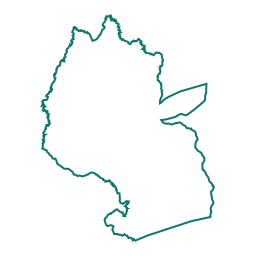 Katete, Eastern, Zambia
{"feature_id": "96606910B8201415928290", "entity_name": "Katete", "entity_type": "district", "adm_level": 2, "iso_a3": "ZMB", "parent_name": "Zambia", "parent_adm1": "Eastern", "projection": "mercator", "projection_center": [32.014, -14.048], "detail": "fine", "context": "isolated", "style": "outline", "palette": "teal", "viewbox_px": 256, "rotation_deg": 0, "n_neighbors": 0, "source": "geoboundaries", "source_scale": "gbopen_adm2", "svg_char_len": 5691}
<svg xmlns="http://www.w3.org/2000/svg" viewBox="0 0 256 256"><path d="M203.8,101.6L205.0,100.1L205.2,95.1L206.1,93.4L206.4,83.9L180.6,91.3L168.9,96.7L163.6,99.9L161.8,102.1L160.0,103.2L160.0,100.3L162.0,95.4L162.2,93.6L161.5,91.9L162.2,90.5L161.0,88.8L161.6,86.0L160.9,84.8L161.2,83.5L159.9,82.5L159.0,80.9L157.9,80.6L157.6,77.8L158.0,76.7L157.5,76.1L158.7,74.2L159.8,73.9L159.9,72.5L160.5,71.5L159.6,68.9L160.3,68.3L160.4,67.2L159.8,66.7L160.8,65.8L161.9,65.8L162.4,64.8L162.3,61.2L163.1,60.6L161.9,57.2L161.8,54.7L159.2,52.8L158.6,53.0L157.6,52.5L156.9,52.8L156.0,52.5L153.6,55.2L151.8,53.8L151.3,54.4L150.3,54.2L149.8,53.4L145.8,52.9L145.2,52.2L145.3,51.3L144.6,51.5L144.1,50.9L144.5,49.3L144.0,49.6L143.7,48.9L142.5,49.0L144.3,47.1L144.6,45.8L142.0,45.3L142.1,44.7L141.3,44.2L141.7,43.8L141.3,42.8L140.2,42.6L141.3,41.4L138.5,38.9L136.8,41.2L135.1,40.9L134.0,41.5L133.5,40.6L131.1,42.4L130.5,44.1L130.0,44.1L128.4,43.3L128.3,42.1L127.4,41.6L125.1,41.0L123.1,39.6L122.2,40.0L122.3,39.0L120.4,38.6L120.4,37.1L119.9,37.3L119.3,36.6L119.9,34.6L119.6,33.8L118.8,34.3L118.5,33.9L119.1,32.5L120.4,32.2L119.6,31.7L120.0,30.2L118.4,29.8L119.0,29.0L118.7,28.2L119.2,27.3L118.8,27.3L118.5,26.6L117.8,26.6L118.7,24.2L116.4,23.0L116.6,22.5L115.8,20.3L115.1,21.3L114.0,21.0L114.0,19.2L113.3,19.2L113.2,19.9L112.4,20.2L112.3,19.5L112.0,20.3L111.3,20.5L111.4,18.4L110.8,18.8L110.1,17.6L110.1,17.1L111.1,16.8L110.7,15.4L107.3,16.7L106.4,16.2L105.7,17.4L106.4,18.8L105.4,19.1L105.7,19.4L105.4,21.0L103.4,23.2L102.8,24.7L103.3,25.2L103.0,25.7L103.3,26.1L104.7,27.1L104.2,28.5L102.2,29.9L101.1,33.2L100.5,33.8L100.0,35.1L98.7,35.9L98.3,37.4L96.0,39.6L94.8,40.1L92.5,40.8L89.9,34.7L88.9,33.3L87.5,33.3L87.3,32.2L85.9,32.5L84.7,31.8L84.3,32.1L84.2,31.1L82.6,30.8L82.0,31.1L81.3,30.3L80.2,31.1L79.9,30.4L78.4,30.9L77.7,29.9L76.8,29.9L76.5,28.8L75.3,28.7L76.0,27.8L74.6,27.0L73.7,27.3L73.5,29.4L72.2,32.1L73.8,33.5L73.6,34.7L72.6,35.5L73.6,36.7L73.1,37.5L73.6,39.0L72.3,39.2L71.3,40.7L72.0,41.3L71.4,41.8L71.7,42.3L72.4,42.3L71.8,44.2L70.9,45.3L70.1,44.6L70.2,45.9L69.2,46.1L68.2,48.2L67.1,48.7L66.3,50.8L66.9,51.4L66.7,52.2L66.3,53.3L64.9,54.5L65.6,56.5L64.9,57.5L64.1,57.5L63.9,58.1L64.4,58.6L63.2,59.8L63.3,60.5L64.3,60.6L64.4,61.3L61.9,60.9L61.8,60.1L61.4,60.2L61.0,61.4L60.0,62.3L60.4,63.8L59.8,65.7L58.7,65.8L57.2,67.1L57.3,68.2L56.2,69.5L56.6,70.0L55.8,73.2L54.5,73.6L54.1,74.7L55.0,74.9L54.2,76.6L54.6,78.1L55.4,78.2L55.3,78.6L53.9,82.0L52.9,82.6L51.9,84.4L51.4,86.9L50.9,86.9L50.7,87.6L51.0,87.8L50.8,89.1L51.3,88.7L52.1,89.1L52.0,89.6L51.7,90.1L51.3,89.9L51.5,90.7L50.9,91.8L49.4,91.7L48.6,93.9L47.5,94.1L46.1,96.0L46.5,96.6L46.1,97.0L46.8,96.5L47.9,96.9L47.7,98.1L46.5,100.0L44.3,99.9L43.0,100.5L42.4,101.4L43.0,101.7L42.6,103.0L43.1,103.2L42.1,105.4L43.6,104.6L45.0,106.2L43.8,106.1L43.8,105.8L43.4,106.1L43.8,106.5L43.5,107.0L44.0,107.3L42.8,109.7L44.2,109.8L43.8,110.9L45.1,110.5L45.9,111.5L46.4,111.0L47.4,111.1L47.5,111.7L46.6,112.9L48.7,114.0L47.8,114.7L48.6,115.8L47.3,116.9L47.7,118.0L48.3,117.6L48.6,121.6L49.2,121.3L49.1,122.2L49.6,122.5L49.9,123.6L49.0,124.1L48.9,125.2L48.3,125.7L47.8,124.9L46.6,124.8L46.7,126.2L45.9,126.8L45.4,128.3L46.0,128.8L43.3,132.9L44.3,134.8L44.9,134.8L43.3,135.8L43.4,136.6L44.2,136.6L44.1,137.3L43.4,139.5L42.8,139.7L43.5,140.6L44.2,140.6L43.6,142.6L43.3,142.2L42.6,143.4L42.9,146.6L42.3,148.5L46.7,150.5L47.1,152.0L48.4,152.8L49.8,155.0L51.3,155.8L52.2,157.8L53.3,158.8L55.3,158.6L56.6,161.1L57.2,163.7L64.3,168.7L68.5,168.9L70.1,170.0L72.7,172.1L73.8,174.6L75.5,174.7L77.6,176.1L79.4,175.5L82.3,176.4L86.3,175.2L86.8,174.6L87.8,174.6L90.7,172.6L91.9,172.5L95.0,173.4L95.9,174.5L96.9,174.5L98.1,176.2L98.8,176.5L98.9,176.2L100.0,177.2L100.1,176.9L100.1,177.6L103.2,179.0L103.3,180.1L105.7,180.9L105.6,181.6L107.1,181.1L107.7,181.4L109.0,180.4L109.6,181.3L110.1,181.1L110.9,182.6L112.1,183.3L112.5,183.1L112.9,183.8L112.2,184.2L113.0,184.5L112.8,185.1L113.7,185.0L113.7,185.9L114.1,186.0L113.7,186.3L115.8,187.3L115.8,188.3L116.2,188.3L116.6,189.7L116.2,190.3L116.6,190.5L117.5,193.3L118.3,193.0L119.5,193.4L119.9,199.4L119.6,200.4L120.3,202.7L121.9,203.5L122.4,203.3L123.2,204.0L126.5,201.1L128.8,201.5L128.2,203.5L127.5,204.0L127.0,203.6L126.5,205.1L125.2,206.1L126.2,206.4L126.1,207.3L126.9,207.8L126.7,208.6L127.4,208.7L126.9,209.0L127.1,210.8L126.4,211.8L126.4,213.5L125.3,214.1L125.3,216.2L123.4,216.1L123.5,214.6L122.5,213.3L122.6,212.5L121.8,212.7L119.0,211.1L117.4,209.5L116.3,209.4L115.2,210.7L113.9,210.8L113.3,212.1L110.4,213.4L110.5,214.0L109.1,214.1L107.7,215.1L106.1,217.7L105.2,218.2L104.6,219.9L105.7,223.9L107.2,226.0L111.1,225.2L113.3,226.2L113.3,227.2L112.3,229.3L114.2,234.0L117.8,234.0L118.3,234.7L120.9,234.8L122.4,235.8L124.4,234.2L126.5,235.8L127.3,235.7L128.5,238.1L129.9,237.6L131.4,238.0L131.9,238.8L133.1,239.0L132.7,239.3L133.2,239.6L133.0,240.2L134.1,239.7L135.3,240.6L147.6,235.5L191.2,221.2L210.3,217.0L210.5,214.2L211.3,212.2L210.7,209.0L211.3,206.3L213.4,203.5L213.1,201.2L211.8,198.7L211.9,196.5L211.4,195.6L211.0,191.6L212.8,190.0L213.9,187.1L212.6,186.1L212.9,185.4L212.3,184.9L211.6,183.1L210.4,182.6L209.5,181.5L208.1,177.1L206.0,174.2L205.4,172.0L203.4,170.5L203.6,169.7L202.5,169.0L202.4,163.7L204.4,160.5L204.3,157.8L202.5,155.5L201.3,152.9L197.7,150.6L195.2,147.1L195.5,143.3L196.7,140.3L197.5,140.0L197.6,138.6L195.9,135.3L196.0,134.0L195.1,131.8L193.9,130.7L192.1,130.2L191.2,128.6L190.5,128.9L188.5,128.2L186.9,128.2L185.1,125.8L183.6,125.2L180.3,122.5L178.5,122.5L177.3,123.2L176.6,122.9L171.4,124.5L168.9,123.5L166.8,123.7L164.7,123.3L162.8,122.3L161.3,120.1L166.3,119.4L175.7,116.8L178.4,114.9L181.2,113.9L185.5,115.3L186.8,115.0L194.8,109.2L203.8,101.6Z" fill="none" stroke="#0f766e" stroke-width="2"/></svg>